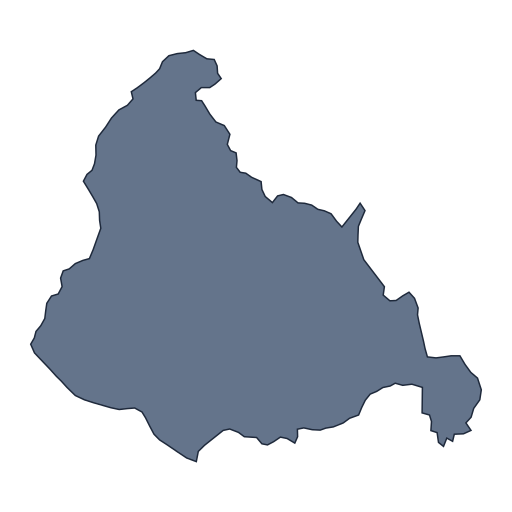 Mato Castelhano, Rio Grande do Sul, Brazil (Natural Earth projection)
{"feature_id": "56859067B22451204874775", "entity_name": "Mato Castelhano", "entity_type": "district", "adm_level": 2, "iso_a3": "BRA", "parent_name": "Brazil", "parent_adm1": "Rio Grande do Sul", "projection": "natural_earth1", "projection_center": [-52.187, -28.262], "detail": "fine", "context": "isolated", "style": "filled", "palette": "slate", "viewbox_px": 512, "rotation_deg": 0, "n_neighbors": 0, "source": "geoboundaries", "source_scale": "gbopen_adm2", "svg_char_len": 2362}
<svg xmlns="http://www.w3.org/2000/svg" viewBox="0 0 512 512"><path d="M331.1,213.8L324.3,210.8L317.8,209.3L311.7,205.1L304.7,203.3L298.0,202.9L291.5,197.5L283.4,194.5L277.6,195.9L272.4,202.6L265.2,196.5L261.9,189.5L261.1,181.6L251.6,177.3L245.8,173.2L240.2,172.3L236.4,167.4L237.0,160.6L236.1,152.9L230.6,150.6L227.3,144.4L229.9,134.3L224.3,125.6L215.9,122.0L209.8,114.1L205.0,106.0L201.6,100.7L196.2,100.3L195.4,92.6L201.3,87.6L209.7,87.6L215.1,84.0L221.2,78.6L217.6,73.3L217.1,65.9L214.2,59.5L206.8,58.8L199.2,54.3L193.4,50.4L185.7,52.7L177.2,53.6L168.9,55.7L162.5,61.7L159.6,68.8L155.6,73.1L150.0,77.9L143.8,82.9L137.1,87.9L131.3,91.7L133.0,98.9L127.4,105.3L118.9,109.9L111.5,118.0L105.7,127.0L98.6,136.1L95.8,145.1L96.0,155.1L94.5,163.8L92.0,170.3L87.0,174.4L83.4,181.2L88.5,189.5L92.6,196.4L96.7,203.6L99.3,211.8L99.6,220.3L100.8,228.3L97.3,238.0L93.1,249.8L89.4,258.6L82.9,260.4L75.3,263.6L69.2,268.9L63.2,270.9L60.6,278.1L62.1,286.6L58.2,294.0L51.5,296.0L46.8,303.3L45.7,311.0L44.8,318.5L40.8,325.7L36.0,331.4L34.3,338.0L30.7,344.2L34.5,352.9L39.9,358.6L44.0,362.9L50.0,369.2L56.3,376.2L61.2,381.0L67.0,387.4L75.3,395.5L84.4,399.8L93.4,402.7L110.8,407.7L119.2,409.5L127.2,408.6L134.7,408.0L142.0,412.0L145.6,417.9L149.7,426.1L154.0,434.2L159.6,439.9L167.3,444.9L178.1,452.3L186.7,458.0L196.3,461.6L198.3,451.4L204.5,445.3L209.5,441.3L223.2,430.4L229.7,429.0L238.5,432.4L244.3,436.7L256.6,437.5L261.9,443.8L267.5,444.9L273.6,441.7L280.4,437.1L287.1,438.5L294.8,443.1L297.6,436.7L297.4,429.2L303.8,427.9L312.2,429.7L320.2,430.1L325.8,428.1L333.3,426.9L343.3,422.9L349.5,418.3L358.6,415.0L361.8,407.3L365.3,400.2L370.2,394.1L376.7,391.4L382.9,387.5L390.2,386.0L395.2,383.2L402.7,385.3L411.9,384.2L422.4,387.4L422.1,412.9L429.5,415.0L431.5,421.5L430.9,430.6L437.1,432.6L438.5,442.4L443.5,446.4L446.8,438.1L452.6,441.3L454.3,434.2L463.5,433.8L471.0,430.4L465.9,422.9L471.1,417.2L473.7,408.4L479.8,399.8L481.3,389.8L477.5,378.1L470.8,372.4L465.0,364.4L459.9,355.8L451.2,355.8L443.8,356.9L436.0,357.9L427.4,356.9L425.0,348.4L423.6,341.7L421.8,334.1L419.2,323.2L417.5,314.8L418.1,308.0L414.5,298.3L409.0,292.2L402.8,295.8L396.1,300.5L389.9,300.8L383.2,295.1L384.4,286.7L363.8,259.7L357.8,242.3L358.0,234.8L358.4,226.3L361.2,219.5L365.0,210.6L360.1,203.2L356.0,209.3L341.9,227.0L336.6,221.3L331.1,213.8Z" fill="#64748b" stroke="#1e293b" stroke-width="1.5"/></svg>